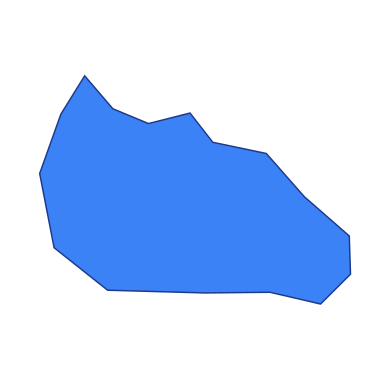 Öckerö, Sweden, rotated 79°
{"feature_id": "70781695B5566617801013", "entity_name": "Öckerö", "entity_type": "district", "adm_level": 2, "iso_a3": "SWE", "parent_name": "Sweden", "parent_adm1": "", "projection": "equal_earth", "projection_center": [11.661, 57.718], "detail": "fine", "context": "isolated", "style": "filled", "palette": "blue", "viewbox_px": 384, "rotation_deg": 79, "n_neighbors": 0, "source": "geoboundaries", "source_scale": "gbopen_adm2", "svg_char_len": 366}
<svg xmlns="http://www.w3.org/2000/svg" viewBox="0 0 384 384"><g transform="rotate(79 192 192)"><path d="M326.5,87.2L302.9,52.1L265.2,46.0L218.0,82.7L168.4,111.7L147.2,162.1L114.1,178.9L116.5,221.7L95.2,253.8L57.5,275.2L90.5,305.8L144.8,338.0L220.4,338.0L272.3,293.6L293.5,198.8L305.3,134.6L326.5,87.2Z" fill="#3b82f6" stroke="#1e3a8a" stroke-width="1.5"/></g></svg>